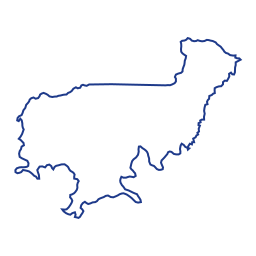 outline of Ponte Alta, Santa Catarina, Brazil
{"feature_id": "56859067B55318119978612", "entity_name": "Ponte Alta", "entity_type": "district", "adm_level": 2, "iso_a3": "BRA", "parent_name": "Brazil", "parent_adm1": "Santa Catarina", "projection": "albers", "projection_center": [-50.297, -27.416], "detail": "fine", "context": "isolated", "style": "outline", "palette": "blue", "viewbox_px": 256, "rotation_deg": 0, "n_neighbors": 0, "source": "geoboundaries", "source_scale": "gbopen_adm2", "svg_char_len": 4362}
<svg xmlns="http://www.w3.org/2000/svg" viewBox="0 0 256 256"><path d="M137.0,194.2L135.1,193.5L133.2,192.7L131.2,191.7L128.5,190.4L126.6,189.8L125.1,189.3L124.2,187.9L123.2,186.5L121.9,185.1L120.5,182.5L120.2,180.7L120.5,178.9L121.4,176.8L123.5,177.7L125.9,177.7L127.9,177.0L129.7,176.5L131.7,176.8L133.6,177.2L135.7,175.9L135.1,173.3L134.0,172.1L132.8,170.5L131.4,169.3L130.4,167.8L130.9,165.7L131.3,163.8L132.1,161.2L133.5,159.4L136.1,157.4L138.0,154.8L138.7,151.7L138.5,149.3L138.9,146.6L140.5,146.4L142.4,148.1L144.4,149.4L145.9,150.6L147.1,152.0L147.9,153.8L148.2,155.6L149.1,158.4L149.2,161.6L150.4,164.5L152.3,165.4L153.9,165.9L155.2,167.2L156.8,169.0L158.8,169.9L160.8,169.8L162.7,169.2L163.0,167.4L162.1,165.4L161.0,162.7L161.6,160.4L163.1,158.9L164.6,157.3L166.0,155.6L167.3,154.1L168.1,152.2L169.7,151.5L171.5,151.9L173.8,153.9L176.2,154.4L178.7,154.4L180.3,153.4L180.4,151.4L180.0,149.1L180.3,147.1L180.7,145.4L181.7,143.7L183.8,145.0L185.3,146.9L187.4,147.8L188.5,145.8L189.9,143.7L191.9,144.4L192.2,142.2L194.1,142.2L193.2,138.6L195.6,137.3L196.4,135.5L198.1,134.5L197.4,132.8L199.0,131.5L198.7,128.8L199.9,125.6L198.5,125.1L198.6,123.1L200.6,122.3L200.2,120.5L201.8,119.6L204.1,119.6L204.0,116.8L204.7,113.7L204.1,110.9L204.5,107.9L205.3,104.8L207.5,104.2L207.0,101.8L207.8,100.1L209.1,98.8L209.3,96.0L211.8,95.0L213.1,93.7L214.8,93.1L214.6,90.2L214.7,88.2L216.4,87.2L218.8,86.4L221.2,86.2L223.0,84.3L223.0,82.1L224.8,80.6L226.9,80.9L228.1,78.9L229.3,76.5L229.1,73.8L231.0,72.6L232.3,74.3L234.0,74.5L234.9,72.4L235.0,69.6L235.1,67.4L235.7,65.1L235.7,62.3L240.6,59.7L239.3,58.4L237.1,58.3L235.3,57.6L235.5,55.4L233.2,55.6L230.1,55.1L227.9,53.5L226.0,53.0L224.3,51.6L223.5,50.2L222.1,48.5L220.7,46.7L218.8,45.4L217.0,44.1L215.7,42.4L212.7,41.0L210.5,40.6L208.8,40.1L206.8,39.9L204.5,41.0L202.1,41.3L199.8,40.9L197.7,40.2L196.1,41.0L194.1,41.2L191.8,40.6L190.2,38.9L187.7,38.1L186.3,39.7L184.6,40.5L182.1,40.8L180.7,41.9L181.2,43.8L181.3,46.3L181.0,49.1L181.2,51.7L182.4,53.3L184.1,54.6L186.1,55.9L185.7,58.4L184.8,60.7L184.6,62.8L184.3,64.8L183.4,67.1L182.7,69.1L182.5,71.5L181.1,72.8L178.2,73.6L175.9,74.6L174.9,77.0L175.9,78.6L175.9,81.5L174.6,83.2L172.0,84.5L170.1,85.2L167.7,85.1L165.9,85.3L164.2,85.3L134.5,84.7L111.5,84.2L89.1,84.5L86.7,85.8L84.6,85.4L83.0,84.8L81.4,85.4L80.2,87.7L77.7,88.3L75.9,87.3L73.4,88.7L71.7,91.0L70.0,92.2L68.1,92.9L66.5,94.5L64.9,94.6L63.2,94.8L60.5,95.5L58.4,95.8L56.8,96.5L54.6,96.6L52.3,97.0L49.5,96.4L47.8,94.9L46.1,93.9L43.6,92.9L41.6,93.6L40.1,94.6L39.5,96.3L38.1,98.1L35.6,98.7L33.5,97.5L31.3,98.2L29.7,99.6L29.1,101.4L27.9,103.0L26.2,104.8L25.3,107.9L23.4,110.3L22.6,112.9L21.6,115.1L19.0,116.3L17.6,118.0L17.2,120.4L18.7,121.1L20.3,118.7L21.7,120.3L22.3,123.2L22.4,125.8L22.8,127.7L23.7,129.4L23.0,131.4L22.1,134.0L20.6,136.6L18.8,138.8L20.7,140.0L22.2,141.6L23.5,142.9L23.9,145.3L21.6,146.6L21.0,149.1L19.7,151.1L19.1,153.7L19.7,156.9L21.9,158.3L24.9,159.7L27.3,160.8L28.5,163.2L28.2,165.9L26.9,166.8L25.2,167.1L23.4,167.3L21.3,167.2L19.4,167.4L16.8,168.3L15.4,170.1L15.5,172.1L17.4,173.2L19.4,172.8L21.2,172.1L23.0,170.0L25.2,170.4L27.0,170.8L29.0,171.4L30.6,172.5L32.3,173.9L34.2,175.8L36.1,176.7L37.4,178.7L39.2,178.7L38.9,175.0L37.8,171.9L37.3,170.0L38.3,168.5L39.6,166.6L42.3,166.4L45.1,167.4L46.9,165.2L49.3,164.6L51.3,166.1L52.0,168.0L53.3,169.4L54.6,166.9L56.2,165.8L58.5,165.3L61.5,164.4L64.6,164.3L66.9,165.9L68.1,167.0L69.3,169.4L70.5,170.9L71.9,171.7L73.4,172.7L74.6,174.5L74.2,176.5L74.2,178.6L77.3,179.2L78.7,181.1L77.8,182.7L77.2,184.8L77.4,187.8L76.8,189.8L75.2,192.1L74.0,193.3L72.0,194.4L70.3,194.9L70.1,197.3L71.6,199.1L72.3,200.8L71.7,202.6L70.5,204.7L68.7,207.3L66.6,209.3L64.9,209.6L62.2,209.4L63.6,211.3L66.1,213.2L68.3,214.2L70.3,214.7L72.4,213.1L74.9,212.3L75.6,214.7L74.9,217.0L76.7,217.4L78.5,217.9L80.1,216.7L80.9,215.2L82.4,213.1L83.4,211.1L82.3,209.4L80.6,207.9L81.2,205.3L82.8,203.1L84.9,201.8L86.4,203.0L88.2,204.0L90.4,203.4L92.6,202.4L95.3,202.1L97.0,201.1L98.4,199.3L99.9,198.5L101.7,197.8L103.7,197.1L105.7,195.9L108.0,195.5L110.7,197.0L113.3,197.3L115.6,196.4L117.8,195.4L119.7,194.2L121.8,193.5L123.5,193.3L125.2,193.9L126.7,194.5L128.2,195.5L129.9,196.7L131.7,198.1L133.8,200.2L135.7,202.0L138.1,202.6L140.9,202.1L140.5,199.9L139.5,198.2L138.0,196.0L137.0,194.2ZM187.4,147.8L187.9,149.6L189.2,148.4L187.4,147.8Z" fill="none" stroke="#1e3a8a" stroke-width="2"/></svg>